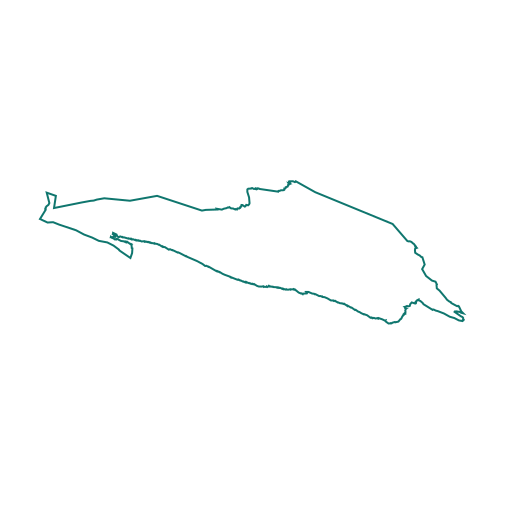 Verran nor, Nord-Trøndelag, Norway, rotated 41°
{"feature_id": "86288312B18564926842494", "entity_name": "Verran nor", "entity_type": "district", "adm_level": 2, "iso_a3": "NOR", "parent_name": "Norway", "parent_adm1": "Nord-Trøndelag", "projection": "natural_earth1", "projection_center": [10.876, 63.943], "detail": "fine", "context": "isolated", "style": "outline", "palette": "teal", "viewbox_px": 512, "rotation_deg": 41, "n_neighbors": 0, "source": "geoboundaries", "source_scale": "gbopen_adm2", "svg_char_len": 6086}
<svg xmlns="http://www.w3.org/2000/svg" viewBox="0 0 512 512"><g transform="rotate(41 256 256)"><path d="M154.4,328.8L153.9,328.9L153.8,329.2L153.1,329.2L152.8,329.5L149.5,329.8L149.5,330.3L149.0,330.3L149.0,330.7L148.5,330.7L148.6,331.0L147.5,331.1L147.4,331.5L146.5,331.7L144.3,333.2L139.6,334.3L139.4,334.9L139.6,335.3L138.4,336.2L137.2,336.1L135.4,336.8L134.6,336.7L134.1,337.1L133.9,336.7L134.4,336.7L135.8,335.4L136.2,334.1L137.0,334.0L136.7,333.3L136.3,333.1L136.3,333.4L133.6,333.4L133.6,333.1L133.0,332.3L136.6,331.3L138.3,332.1L140.1,331.9L140.6,330.4L141.1,330.1L142.7,329.6L142.8,329.2L143.5,329.2L144.2,328.5L147.9,326.8L148.2,326.3L148.7,326.4L149.7,325.4L150.2,325.4L150.3,325.1L151.0,325.1L151.0,324.7L151.8,324.7L152.3,324.0L155.1,323.0L154.9,322.6L156.2,322.2L156.4,321.8L156.7,321.8L157.0,321.3L157.5,321.3L157.5,321.1L158.3,320.9L158.5,320.5L160.1,320.1L161.6,318.5L162.4,318.4L162.4,318.0L162.9,318.0L163.0,317.6L163.7,317.4L163.8,317.1L165.0,316.7L165.1,316.3L165.8,316.1L165.8,315.9L166.8,315.7L166.8,315.4L167.6,315.3L167.6,315.0L169.1,314.6L169.7,313.9L171.2,313.4L171.2,312.9L171.7,312.9L173.6,311.7L175.3,311.3L175.4,311.0L178.9,310.5L178.9,310.2L179.7,310.2L179.7,309.9L180.5,309.8L181.3,309.1L186.1,308.4L186.6,307.3L188.7,306.7L189.0,306.3L189.7,306.3L190.0,306.0L194.6,304.8L194.7,304.4L196.6,303.8L203.3,302.2L203.3,301.9L204.8,301.7L214.5,298.6L220.9,297.1L224.2,296.9L225.0,295.9L227.3,295.4L227.3,295.1L235.0,293.6L236.3,293.3L236.3,293.0L237.0,293.0L237.1,292.6L239.1,292.2L239.1,291.9L242.4,291.4L244.7,290.7L249.6,288.8L250.6,288.8L250.6,288.5L251.9,288.3L251.9,288.1L254.5,287.2L257.6,286.1L258.2,285.7L258.1,285.3L258.6,285.1L260.2,284.9L260.4,284.5L263.2,283.8L263.3,283.4L265.1,283.0L265.1,282.5L265.6,282.5L265.6,282.1L266.4,282.1L266.4,281.8L268.2,281.3L268.4,280.9L269.5,280.7L270.0,280.5L270.0,280.2L271.5,279.8L271.6,279.2L273.1,278.8L273.1,278.4L276.4,277.9L278.1,277.2L280.2,275.5L281.2,274.3L281.9,274.3L281.9,273.9L282.4,273.9L284.2,272.4L284.1,272.1L284.8,272.1L285.3,270.8L285.2,270.4L285.7,270.4L285.7,270.0L286.4,270.0L287.0,269.3L287.5,269.3L288.8,268.1L289.3,268.2L292.0,266.1L292.7,266.1L292.7,265.6L294.0,265.2L294.0,264.8L294.6,264.8L295.4,264.0L297.1,263.7L297.4,263.1L297.9,263.3L298.2,262.9L298.7,262.9L298.7,262.6L300.3,262.0L300.5,261.3L301.1,261.3L302.5,260.2L303.7,258.6L304.2,258.7L304.7,257.8L305.7,257.0L305.9,256.5L306.4,256.5L306.4,256.1L307.7,256.0L307.7,255.7L312.2,255.6L314.6,254.8L314.6,254.5L315.6,254.1L316.4,254.1L316.3,253.4L318.9,250.9L318.8,250.3L317.6,250.1L319.2,248.7L323.0,247.5L324.6,246.4L325.6,246.3L325.9,245.8L330.0,244.8L331.1,243.8L332.6,243.4L332.6,243.1L333.4,243.1L334.7,242.1L337.8,241.1L341.7,240.4L343.3,239.0L343.8,239.0L343.8,238.7L345.3,238.2L345.3,237.9L348.1,237.5L348.2,237.2L350.5,236.5L351.8,235.4L352.3,235.4L352.6,235.0L353.9,234.6L353.9,234.2L357.7,233.8L357.5,233.4L361.6,232.6L361.9,232.2L366.2,231.8L366.5,231.2L367.0,231.2L369.8,230.9L370.8,230.4L372.9,230.1L375.7,229.3L375.7,229.0L378.8,227.8L382.9,227.5L383.2,226.8L384.4,226.7L384.5,226.3L385.0,226.3L385.5,225.4L387.3,224.7L388.4,223.2L389.0,223.2L389.0,222.8L389.5,222.8L389.5,222.3L390.3,222.0L393.0,220.9L395.7,220.2L396.0,219.7L396.2,220.2L397.2,220.3L400.3,220.0L401.5,218.8L401.7,218.3L402.2,218.3L402.6,217.6L402.6,217.0L403.7,215.3L404.1,214.7L404.6,214.7L406.5,212.1L406.4,209.0L406.7,208.6L406.7,207.6L406.3,206.7L406.1,205.0L405.9,204.7L406.2,203.6L406.0,203.3L406.1,202.9L405.6,202.9L405.7,201.1L406.2,201.1L405.4,200.0L404.4,199.2L403.9,197.7L403.1,197.6L403.0,197.4L403.2,197.2L402.6,197.3L402.4,196.9L401.6,196.9L402.3,195.9L402.4,195.3L402.8,194.6L403.6,194.5L404.8,192.9L404.0,191.1L404.0,188.9L407.4,187.4L407.7,186.8L407.5,186.4L406.6,186.2L406.5,185.5L406.9,185.3L406.6,183.8L407.3,182.1L407.9,182.7L409.6,182.1L412.5,182.1L414.1,182.5L424.6,180.8L424.7,180.2L425.4,179.8L427.4,179.3L429.2,178.4L435.5,176.1L442.1,174.7L446.4,172.7L451.4,171.5L454.4,169.7L454.2,169.1L454.6,168.9L454.9,168.1L455.5,168.0L453.9,167.8L452.9,166.8L451.8,166.6L450.6,167.0L442.5,167.9L442.4,167.5L443.9,166.0L444.6,165.8L446.4,164.5L448.0,164.3L450.0,163.3L447.2,163.1L442.2,160.9L441.6,161.0L441.7,161.3L441.0,161.5L440.5,162.0L434.2,163.4L433.2,163.0L432.0,163.5L428.8,163.7L426.7,163.2L417.2,161.7L413.7,161.8L411.2,159.4L411.2,158.8L408.3,157.6L405.0,159.1L397.5,159.5L390.0,156.9L388.9,151.8L382.4,147.8L381.3,148.3L379.2,148.2L377.3,148.7L374.0,149.1L372.1,147.3L371.2,145.9L372.0,144.4L369.9,144.3L369.5,144.1L369.7,143.8L367.0,143.3L366.3,143.5L364.1,143.4L362.4,144.0L361.7,144.8L360.4,145.4L338.1,142.2L258.8,169.0L237.1,173.5L237.2,173.9L236.9,174.7L235.2,175.2L234.0,176.0L233.5,176.9L232.6,177.2L232.0,178.1L232.8,178.7L233.6,178.8L233.1,179.1L233.5,179.5L233.0,179.7L233.8,179.9L233.5,180.2L233.9,181.0L233.6,181.2L234.1,181.9L234.0,182.3L234.3,183.0L233.3,184.6L233.8,185.3L233.7,185.9L233.1,186.5L233.9,187.4L233.8,188.0L233.1,188.8L231.7,190.0L231.1,191.4L230.5,191.8L230.2,192.4L230.5,192.9L214.8,203.0L213.6,203.3L213.2,204.0L212.5,204.1L212.3,204.7L212.4,204.8L211.6,205.1L212.1,205.6L211.1,206.1L210.4,206.8L208.6,207.2L208.1,207.8L208.2,208.1L208.0,208.4L206.0,210.3L205.8,211.4L207.4,213.3L212.3,216.3L216.5,220.4L216.9,221.5L216.8,222.9L215.1,223.8L215.4,225.5L215.1,226.1L212.4,226.4L211.6,227.0L212.3,228.1L212.0,228.5L211.9,229.0L212.4,229.3L212.5,230.1L212.1,230.6L212.2,231.1L211.0,232.1L211.1,232.3L210.8,232.7L211.1,233.4L209.8,234.0L209.8,234.5L207.5,235.2L206.0,236.4L203.8,236.6L203.7,237.3L202.9,237.8L202.3,239.3L200.7,241.4L199.8,243.4L195.4,246.1L196.2,246.4L187.9,254.1L185.4,257.2L141.9,275.5L124.6,297.0L103.6,312.0L98.9,317.8L97.2,320.6L94.9,323.0L89.3,330.0L72.1,352.3L65.5,341.9L56.5,345.5L65.3,351.6L65.8,353.6L65.3,355.9L65.5,357.0L65.4,357.3L66.6,358.7L66.3,359.0L67.0,359.5L68.7,369.8L76.7,367.5L80.7,363.6L87.0,361.4L103.4,354.6L112.2,352.6L120.2,349.6L127.4,347.7L134.9,343.3L141.7,341.6L148.4,341.1L149.0,341.4L150.5,341.3L162.5,339.9L160.6,335.1L157.7,331.3L157.0,331.5L154.9,329.4L154.3,329.4L154.4,328.8Z" fill="none" stroke="#0f766e" stroke-width="2"/></g></svg>